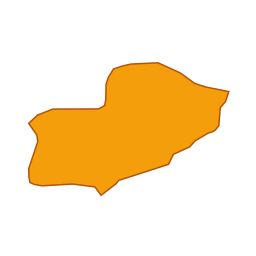 Železniki, Robinson projection, rotated 352°
{"feature_id": "SVN-1020", "entity_name": "Železniki", "entity_type": "Municipality", "adm_level": 1, "iso_a3": "SVN", "parent_name": "Slovenia", "parent_adm1": "", "projection": "robinson", "projection_center": [14.116, 46.221], "detail": "fine", "context": "isolated", "style": "filled", "palette": "amber", "viewbox_px": 256, "rotation_deg": 352, "n_neighbors": 0, "source": "natural_earth", "source_scale": "10m", "svg_char_len": 614}
<svg xmlns="http://www.w3.org/2000/svg" viewBox="0 0 256 256"><g transform="rotate(352 128 128)"><path d="M166.8,67.6L187.5,80.8L200.3,93.2L211.4,98.5L232.9,106.0L228.3,115.3L222.2,120.8L218.3,138.3L214.3,142.1L211.2,143.5L206.7,144.2L192.8,150.0L186.4,155.3L169.4,160.3L163.1,169.6L111.4,178.6L108.6,181.4L92.0,190.9L87.0,181.7L65.4,175.8L35.0,173.3L27.5,170.9L23.3,168.3L23.1,162.9L24.0,154.4L36.7,129.1L36.8,122.4L30.3,109.6L40.4,102.5L56.2,98.8L101.4,105.0L108.0,102.5L109.9,97.0L112.4,81.5L115.8,74.8L121.8,67.6L130.5,65.9L139.9,65.1L166.8,67.6Z" fill="#f59e0b" stroke="#b45309" stroke-width="1.5"/></g></svg>